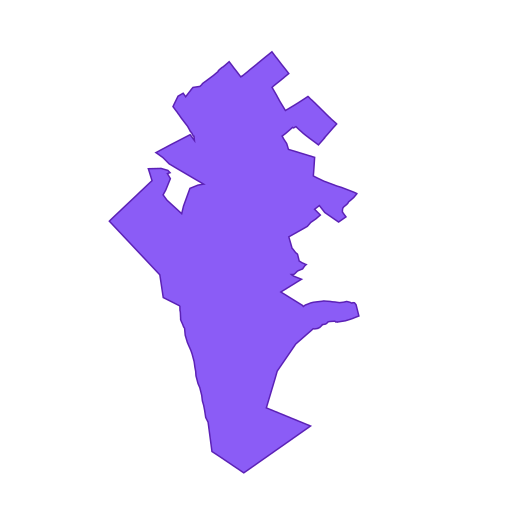 outline of San Lorenzo Cacaotepec, Oaxaca, Mexico, rotated 330°
{"feature_id": "50627088B1759154340941", "entity_name": "San Lorenzo Cacaotepec", "entity_type": "district", "adm_level": 2, "iso_a3": "MEX", "parent_name": "Mexico", "parent_adm1": "Oaxaca", "projection": "robinson", "projection_center": [-96.793, 17.126], "detail": "fine", "context": "isolated", "style": "filled", "palette": "violet", "viewbox_px": 512, "rotation_deg": 330, "n_neighbors": 0, "source": "geoboundaries", "source_scale": "gbopen_adm2", "svg_char_len": 4911}
<svg xmlns="http://www.w3.org/2000/svg" viewBox="0 0 512 512"><g transform="rotate(330 256 256)"><path d="M120.1,403.3L123.2,409.4L137.0,437.7L218.2,430.5L212.6,423.2L210.1,420.0L189.0,392.7L211.0,371.9L216.8,366.3L246.4,352.1L269.2,347.6L270.4,348.5L273.5,349.7L273.8,349.5L275.3,349.8L278.8,348.9L279.1,348.5L280.1,349.0L282.2,349.7L282.3,349.7L283.4,349.7L285.6,349.1L287.0,349.6L288.5,350.3L291.7,351.9L292.2,353.2L293.2,353.5L293.5,354.0L294.0,354.1L294.3,354.2L301.0,356.8L305.8,357.9L307.3,358.2L308.9,358.5L309.2,358.5L312.5,359.0L315.1,359.4L318.3,348.2L317.9,345.8L316.7,344.9L315.4,344.7L314.2,343.0L311.8,340.7L308.8,339.8L305.1,338.2L303.4,336.9L301.4,335.3L299.3,333.9L297.5,332.4L294.2,330.2L292.2,328.8L290.3,328.1L286.0,326.2L282.4,324.7L280.0,324.0L277.2,323.6L274.2,323.1L271.7,323.4L271.6,322.1L259.5,299.6L279.3,299.0L283.8,298.9L278.4,292.1L278.1,291.3L277.8,290.8L277.7,290.5L277.6,290.3L277.4,289.7L277.6,289.8L278.8,290.5L279.5,290.8L279.9,290.8L280.4,290.8L281.7,290.5L282.7,290.2L284.4,289.8L285.7,289.9L286.4,290.0L288.7,290.3L289.8,290.5L290.3,290.3L291.1,289.9L293.3,288.9L294.4,288.7L295.2,288.5L294.7,288.0L293.8,286.6L292.5,284.9L291.4,282.8L290.9,282.0L292.8,275.4L292.8,274.9L292.2,273.4L292.0,272.9L291.7,270.7L291.5,269.0L291.5,268.8L291.1,267.4L294.0,255.8L313.7,256.0L315.3,256.0L320.2,254.3L326.4,253.8L332.2,252.7L330.1,244.8L336.1,244.0L337.3,252.7L344.5,267.9L353.5,267.1L353.1,263.9L352.9,261.6L352.8,261.2L354.0,259.2L355.2,257.9L356.6,257.3L360.0,256.8L361.1,256.5L362.0,256.2L363.3,255.4L365.9,255.0L369.9,254.2L370.7,253.9L374.5,252.5L374.6,252.4L372.7,249.7L364.3,239.3L361.1,235.9L359.6,234.1L359.4,233.8L359.1,233.4L358.3,232.5L357.1,231.0L355.9,229.6L353.4,226.5L352.8,225.9L351.5,224.1L349.9,221.7L348.3,219.4L346.4,216.5L345.7,215.3L346.3,214.4L347.7,212.4L350.2,208.7L356.1,199.9L348.1,191.3L337.4,179.9L338.4,175.8L338.8,173.9L338.5,168.8L338.6,165.2L342.9,164.7L352.0,162.9L352.5,163.8L353.0,163.9L353.8,163.9L355.3,163.9L356.5,168.1L357.1,169.9L357.2,170.1L358.1,173.0L358.2,173.3L359.2,175.9L359.9,177.6L360.5,179.0L360.8,179.8L361.5,181.4L362.1,182.8L362.7,184.2L363.3,185.5L364.1,187.4L364.4,188.1L365.2,190.0L365.4,190.4L365.6,191.0L372.2,188.8L374.3,188.1L374.2,187.9L376.6,187.1L379.0,186.3L381.3,185.5L387.7,183.3L388.8,183.0L390.2,182.5L391.9,182.0L391.9,181.8L391.0,179.1L390.4,177.3L390.3,177.1L389.5,174.6L389.2,173.4L389.1,173.0L388.6,171.6L388.2,169.9L388.0,169.4L386.5,163.7L386.1,162.4L386.0,162.0L385.6,160.5L385.3,159.4L385.1,158.6L384.5,156.6L383.4,152.5L383.0,151.3L382.5,149.4L382.3,148.9L381.7,147.2L381.1,144.7L380.9,144.0L380.8,143.8L377.6,144.0L369.8,144.4L363.7,144.6L362.8,144.6L357.5,144.7L354.2,144.7L354.1,139.1L354.0,134.7L354.0,133.0L354.1,130.9L354.1,129.0L354.2,127.4L354.2,126.3L354.2,124.0L354.2,122.0L354.2,120.2L354.2,118.0L356.3,117.5L362.8,116.5L369.3,115.5L369.5,115.4L373.1,114.8L375.6,114.4L375.1,110.6L374.5,106.5L373.9,102.5L373.4,98.5L372.9,94.6L372.8,94.4L372.3,90.5L371.9,87.1L365.6,88.1L365.4,88.1L361.7,88.7L359.2,89.1L354.6,89.9L354.2,89.9L352.4,90.3L351.0,90.5L349.2,90.8L343.8,91.6L340.9,92.2L339.5,92.4L337.0,92.8L334.0,93.3L334.0,93.1L332.4,93.3L332.2,91.8L331.5,86.3L330.9,82.3L330.5,78.8L329.9,74.3L327.9,74.7L326.3,75.0L324.8,75.3L324.1,75.4L321.7,75.8L321.3,75.7L320.3,75.8L318.2,76.2L317.9,76.2L316.4,76.6L315.9,76.8L315.7,76.9L315.4,77.3L309.1,78.4L295.9,79.9L294.7,80.5L292.3,81.1L285.7,78.5L283.5,79.3L283.1,79.4L282.9,79.5L282.6,79.7L274.7,82.9L274.3,78.6L268.4,78.6L261.4,83.3L260.7,83.8L258.8,85.1L259.3,89.6L259.7,92.5L259.7,93.6L259.9,94.7L260.1,97.2L260.3,99.9L260.5,101.0L261.0,105.0L261.6,109.4L261.5,114.7L261.4,115.3L261.6,115.7L261.7,116.7L261.8,117.2L261.9,117.7L261.8,118.3L261.7,118.8L261.6,119.4L261.8,119.9L261.8,120.4L261.8,120.9L262.2,121.3L262.1,121.5L262.0,121.8L260.7,124.5L260.4,125.2L259.6,118.0L246.7,117.4L238.6,117.0L221.0,116.4L222.2,118.9L223.9,122.7L224.2,123.3L224.6,124.2L226.9,132.9L231.4,140.9L236.0,149.0L242.8,161.0L246.6,167.6L245.0,167.0L241.2,165.6L232.6,164.4L218.2,176.5L212.8,182.2L206.8,163.1L206.1,156.6L210.9,153.7L220.5,146.2L220.5,140.3L223.2,140.9L222.5,137.8L217.6,132.7L206.4,126.6L205.5,130.7L203.6,138.8L201.3,139.3L195.9,140.6L195.5,140.7L190.5,141.9L187.8,142.5L182.6,143.8L154.4,150.5L148.7,151.9L146.4,152.5L163.3,224.2L162.4,226.5L154.9,245.6L165.1,261.2L165.3,261.0L165.1,261.2L164.0,263.2L163.0,265.0L162.7,265.9L162.7,266.0L162.6,266.3L162.0,267.6L161.9,267.8L161.0,269.5L160.5,270.5L160.3,270.8L159.9,271.7L159.6,272.2L159.0,273.2L158.8,274.0L158.6,275.6L158.4,277.8L158.2,279.3L158.0,280.3L157.9,281.6L157.9,281.8L158.0,282.2L158.0,282.9L155.1,289.2L153.4,296.3L153.0,299.4L152.4,305.1L151.7,308.8L149.6,316.6L147.5,321.7L146.1,325.7L144.1,329.8L142.0,337.5L141.5,341.9L139.3,349.6L137.1,354.7L136.0,359.2L134.4,363.8L133.4,366.4L131.7,370.7L131.4,376.0L120.1,403.3Z" fill="#8b5cf6" stroke="#5b21b6" stroke-width="1.5"/></g></svg>